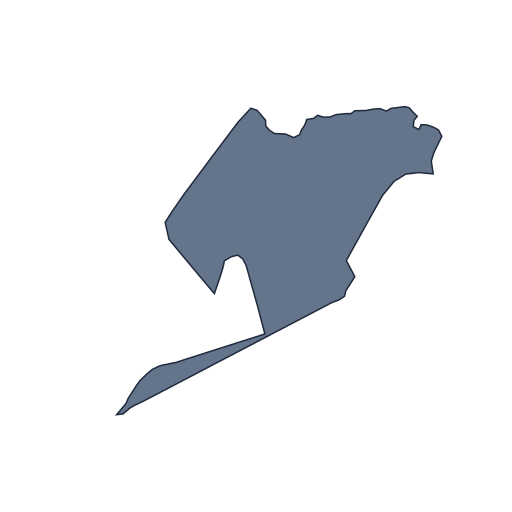 the district of Paranatama, Pernambuco, Brazil, rotated 307°
{"feature_id": "56859067B22250448263052", "entity_name": "Paranatama", "entity_type": "district", "adm_level": 2, "iso_a3": "BRA", "parent_name": "Brazil", "parent_adm1": "Pernambuco", "projection": "mercator", "projection_center": [-36.705, -8.893], "detail": "fine", "context": "isolated", "style": "filled", "palette": "slate", "viewbox_px": 512, "rotation_deg": 307, "n_neighbors": 0, "source": "geoboundaries", "source_scale": "gbopen_adm2", "svg_char_len": 1263}
<svg xmlns="http://www.w3.org/2000/svg" viewBox="0 0 512 512"><g transform="rotate(307 256 256)"><path d="M63.9,249.0L71.4,253.0L264.2,344.5L270.8,348.7L277.1,350.9L282.2,348.7L298.9,347.4L300.9,343.2L306.7,330.9L349.7,324.8L380.6,320.6L385.6,320.8L399.0,321.4L404.3,323.6L411.4,326.2L420.6,335.8L428.2,348.1L437.4,338.8L445.9,335.8L463.4,332.4L466.5,325.8L465.6,319.9L463.6,313.7L460.2,308.8L455.1,310.1L453.9,303.8L459.3,300.5L464.6,300.7L465.3,295.2L466.6,289.2L464.9,285.0L459.0,279.0L455.3,275.1L450.2,272.9L448.3,266.3L443.7,261.1L438.3,256.2L431.6,247.6L426.9,246.2L423.5,241.7L417.0,234.8L411.4,231.3L407.5,226.4L405.4,220.5L400.7,219.3L395.6,214.4L389.8,216.2L384.2,216.4L379.1,217.8L373.3,214.9L371.1,206.0L364.8,196.9L364.6,191.1L365.7,185.5L370.2,181.9L371.6,175.6L373.0,169.2L371.0,163.0L352.2,161.1L342.4,161.1L307.9,161.1L280.3,161.3L262.8,161.3L239.2,162.3L228.2,163.2L216.9,176.5L209.1,209.8L205.9,223.6L200.9,245.4L218.9,239.5L228.3,236.0L233.1,233.6L240.4,236.6L245.7,240.9L245.7,247.1L242.6,253.7L217.6,286.5L199.1,310.0L132.4,262.8L123.2,256.4L110.7,245.4L103.0,241.4L95.9,239.8L86.7,238.3L79.7,238.5L73.6,239.0L66.0,239.5L60.0,240.9L45.4,240.2L50.0,244.9L58.7,246.8L63.9,249.0Z" fill="#64748b" stroke="#1e293b" stroke-width="1.5"/></g></svg>